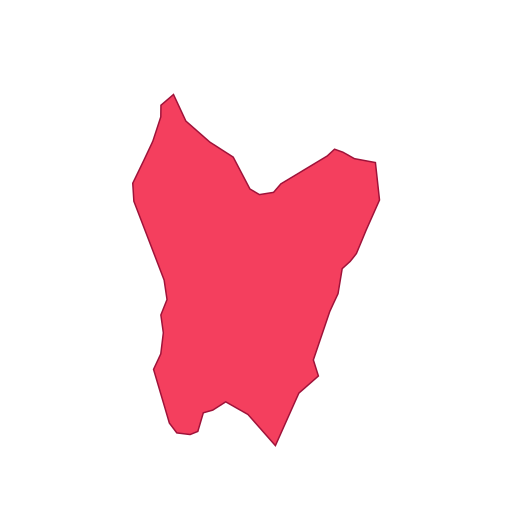 Menoua, Ouest, Cameroon (Equal Earth projection), rotated 336°
{"feature_id": "32672807B11213510980510", "entity_name": "Menoua", "entity_type": "district", "adm_level": 2, "iso_a3": "CMR", "parent_name": "Cameroon", "parent_adm1": "Ouest", "projection": "equal_earth", "projection_center": [10.088, 5.433], "detail": "fine", "context": "isolated", "style": "filled", "palette": "rose", "viewbox_px": 512, "rotation_deg": 336, "n_neighbors": 0, "source": "geoboundaries", "source_scale": "gbopen_adm2", "svg_char_len": 816}
<svg xmlns="http://www.w3.org/2000/svg" viewBox="0 0 512 512"><g transform="rotate(336 256 256)"><path d="M196.6,437.1L233.0,404.4L239.4,398.7L264.2,391.0L266.1,374.3L280.3,358.9L287.7,350.9L300.8,336.7L307.5,330.8L315.6,323.8L329.6,302.6L339.9,299.2L344.0,297.1L348.7,294.6L359.3,284.6L367.2,277.1L391.6,255.1L403.1,219.2L385.5,207.1L377.6,196.5L371.2,190.4L361.7,193.6L308.1,200.2L297.9,205.0L284.1,201.3L277.7,192.3L275.4,156.4L260.1,133.1L246.8,104.2L246.3,74.9L230.5,79.6L225.6,90.2L208.7,108.9L206.7,110.7L192.2,123.2L173.0,139.4L166.7,156.3L162.3,240.6L157.0,259.6L145.1,271.2L140.1,288.5L129.2,306.7L116.3,317.9L111.0,357.9L108.9,373.4L111.7,385.4L123.2,392.3L131.5,392.6L144.1,377.8L153.9,379.2L169.0,376.9L184.2,397.5L195.5,433.6L196.6,437.1Z" fill="#f43f5e" stroke="#9f1239" stroke-width="1.5"/></g></svg>